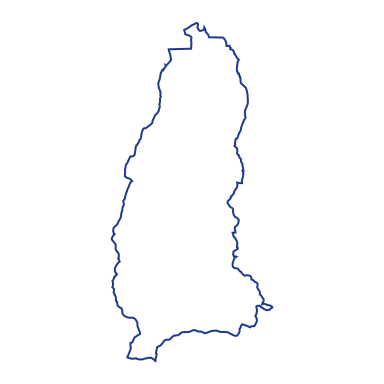 the district of Laslea, Sibiu, Romania
{"feature_id": "2599482B51594900445884", "entity_name": "Laslea", "entity_type": "district", "adm_level": 2, "iso_a3": "ROU", "parent_name": "Romania", "parent_adm1": "Sibiu", "projection": "mercator", "projection_center": [24.643, 46.143], "detail": "fine", "context": "isolated", "style": "outline", "palette": "blue", "viewbox_px": 384, "rotation_deg": 0, "n_neighbors": 0, "source": "geoboundaries", "source_scale": "gbopen_adm2", "svg_char_len": 6008}
<svg xmlns="http://www.w3.org/2000/svg" viewBox="0 0 384 384"><path d="M189.0,332.0L193.5,330.1L194.8,330.1L198.3,331.5L201.6,331.6L203.0,332.5L205.2,333.3L211.9,330.9L216.4,330.6L220.5,332.0L223.7,331.9L227.7,332.2L233.3,335.2L235.0,335.8L236.6,335.8L237.2,335.5L239.0,333.1L239.7,330.8L239.5,329.1L240.3,328.1L240.7,327.2L240.7,326.5L242.0,324.3L244.3,324.9L248.1,326.3L249.7,327.2L250.2,327.3L250.5,326.8L251.4,326.4L254.2,326.1L254.8,325.6L254.9,325.0L256.3,322.7L256.9,321.1L256.7,318.6L256.1,317.1L255.4,316.2L255.4,315.8L256.2,314.4L256.5,313.5L256.9,311.2L257.0,309.6L256.7,308.9L256.3,306.7L256.6,306.2L257.7,305.8L259.3,305.7L261.6,307.5L262.5,307.8L264.1,309.1L266.8,310.3L267.8,309.9L269.4,309.9L271.0,308.3L272.3,307.6L271.8,306.4L269.5,305.3L268.4,305.3L264.3,303.8L263.6,303.9L263.1,303.5L262.2,304.1L262.5,303.0L263.7,300.8L263.5,299.2L263.3,298.5L262.4,297.7L261.5,296.0L259.7,294.1L259.9,292.6L259.3,290.7L257.8,288.6L257.1,287.2L257.6,285.4L257.6,284.4L257.5,283.8L256.9,282.9L255.8,282.2L254.7,281.8L253.6,280.4L251.4,279.5L251.3,277.3L250.0,275.8L247.0,275.1L245.0,275.7L243.8,275.2L241.7,273.0L241.1,271.9L240.0,271.4L239.1,270.1L237.3,268.4L235.4,268.3L233.6,267.6L232.8,266.2L232.6,265.5L232.6,263.0L233.1,262.1L233.8,259.6L234.4,258.7L234.4,257.8L236.5,256.7L236.1,256.5L233.8,256.2L233.1,254.2L233.4,253.0L233.5,251.5L237.7,248.9L237.6,247.5L236.9,247.1L237.0,245.2L237.4,243.6L237.3,242.8L236.3,240.1L235.2,238.1L234.6,237.4L233.6,236.8L233.4,235.3L232.6,232.7L235.5,232.5L234.8,228.7L234.8,227.3L235.5,226.4L236.7,225.7L238.0,223.9L238.5,222.4L238.7,219.7L236.7,217.6L235.3,217.1L234.0,215.3L233.5,214.3L233.5,213.4L233.1,212.5L233.0,211.4L233.2,210.1L232.9,209.0L232.0,207.8L230.8,207.3L229.6,206.3L229.1,205.2L227.7,203.3L227.5,201.9L228.0,201.0L230.6,198.3L231.1,196.2L231.8,196.0L233.1,194.1L233.9,193.5L234.0,192.4L234.3,191.5L236.9,187.4L237.3,186.2L237.4,185.2L237.2,182.5L240.1,183.1L242.1,183.1L241.8,180.4L242.6,178.3L243.3,174.2L243.2,172.6L242.8,171.8L243.4,171.2L242.7,171.0L242.4,170.5L243.1,169.6L243.2,168.5L242.4,165.5L242.5,163.9L241.3,162.1L241.0,161.3L240.9,159.2L240.5,158.5L239.4,157.4L238.8,155.1L237.7,154.5L237.1,153.5L237.0,152.9L237.4,151.5L237.4,150.8L237.1,149.7L237.0,148.6L236.2,147.5L234.6,146.1L234.5,145.7L235.1,145.0L235.2,144.5L234.9,142.8L235.5,141.5L235.4,140.8L235.6,139.2L235.9,138.8L237.2,138.4L239.2,132.9L240.6,130.7L241.2,127.3L242.5,123.8L244.3,119.6L245.5,118.1L245.5,116.9L245.1,115.9L245.1,114.6L244.8,113.6L245.0,110.7L247.5,104.6L247.9,101.9L247.5,94.1L246.6,90.0L245.9,87.9L240.9,83.0L240.5,81.1L240.5,78.1L240.0,77.6L240.0,76.4L239.2,75.7L239.2,74.7L239.2,74.2L238.7,73.3L237.9,73.4L237.4,72.0L237.3,71.2L236.9,71.0L236.8,68.4L237.3,65.4L237.2,65.1L237.5,63.9L237.4,62.6L238.1,60.9L238.8,59.8L236.8,57.6L236.3,56.5L235.5,55.4L235.2,54.3L234.1,53.5L234.1,52.0L232.9,50.5L232.7,49.9L230.2,49.2L230.6,47.7L229.7,46.8L229.6,45.8L226.6,46.0L226.2,43.1L225.3,40.2L223.7,38.1L223.1,37.7L221.2,37.5L209.0,37.3L208.2,34.7L205.8,32.0L205.3,29.4L204.3,27.5L204.0,29.1L203.5,30.0L200.6,30.9L199.6,30.8L199.1,30.0L198.1,29.0L197.5,27.8L197.5,27.3L198.0,24.7L197.9,23.8L197.4,23.3L196.8,23.0L195.8,23.3L194.0,24.4L192.2,25.0L187.4,28.4L184.2,29.8L185.4,34.4L188.5,35.2L189.5,35.7L190.8,36.6L191.5,37.6L191.0,40.5L191.3,41.2L191.4,42.8L191.1,48.7L168.7,49.3L169.1,51.1L170.4,55.2L170.6,57.1L171.0,59.0L171.0,60.0L169.9,61.5L166.1,65.7L165.8,65.5L166.0,66.0L165.8,66.2L165.7,66.0L165.4,67.1L164.7,67.6L164.2,68.5L164.2,68.1L164.1,68.7L163.6,69.2L163.0,69.5L163.0,69.9L162.5,69.7L162.0,70.9L161.7,71.0L161.1,72.7L160.9,72.8L160.4,74.9L160.3,76.3L159.6,79.5L158.2,83.4L158.8,87.6L159.8,90.1L160.6,92.8L160.3,95.1L160.7,96.9L159.8,99.4L160.1,100.1L160.0,101.9L159.4,104.2L159.8,106.9L159.7,107.4L159.1,108.7L159.0,109.3L158.5,111.4L157.9,112.0L157.3,113.3L155.2,115.1L154.4,116.7L154.1,117.8L152.8,120.0L152.3,122.9L150.8,124.4L146.4,127.8L145.6,128.3L144.9,128.1L144.0,128.3L143.2,128.9L143.2,129.4L142.5,130.3L141.7,133.0L141.0,137.4L140.5,139.1L139.5,140.0L139.0,141.9L137.7,143.6L137.3,144.8L136.1,145.6L135.9,147.0L135.5,147.8L135.5,149.4L134.5,155.1L133.1,156.2L130.2,156.6L129.4,158.5L128.2,160.9L127.5,162.8L126.2,164.3L125.7,165.7L125.5,167.7L124.9,169.8L125.2,172.0L124.9,173.8L124.9,176.4L126.8,177.7L130.0,178.8L132.1,181.2L130.5,182.4L129.6,184.2L128.8,186.7L127.4,189.3L127.1,191.1L126.4,192.4L125.9,194.2L125.1,196.7L124.9,198.7L123.3,200.7L123.4,202.1L124.0,204.0L123.5,205.6L122.7,207.0L122.3,209.3L122.4,210.7L121.6,211.9L120.7,217.8L119.0,220.5L117.7,223.6L116.3,225.4L113.7,227.6L113.1,230.9L113.4,232.0L113.7,232.4L113.7,233.5L114.6,234.1L112.5,236.7L111.7,239.0L112.1,239.9L115.4,244.0L115.8,246.3L115.5,248.1L115.7,249.2L116.7,251.2L118.0,252.6L118.6,253.8L118.9,255.8L118.7,257.4L118.2,258.6L118.7,259.0L119.2,260.5L119.7,261.3L119.3,262.1L118.2,262.7L116.5,265.1L115.3,267.3L114.8,268.8L115.0,271.7L115.9,272.7L116.9,274.3L116.4,275.0L115.6,275.3L115.3,276.5L114.2,277.0L113.5,279.7L112.6,280.6L112.6,280.9L112.6,281.8L113.0,283.0L113.0,285.0L112.9,285.7L112.3,287.2L113.9,288.8L114.1,289.4L114.1,290.3L113.6,292.2L114.1,293.6L114.8,294.3L114.6,295.2L115.3,295.9L115.9,297.4L115.9,300.5L116.2,301.2L117.1,301.8L117.1,302.8L117.7,305.7L120.0,307.6L121.2,308.0L121.6,308.6L122.3,310.8L122.4,313.3L123.7,315.3L124.7,316.1L127.4,317.3L129.6,317.8L132.2,317.6L133.9,318.1L135.0,319.0L135.9,320.0L137.4,322.7L137.4,325.5L137.6,326.5L139.9,332.4L140.1,333.9L134.7,337.3L134.1,338.3L132.3,342.3L130.4,343.1L130.5,345.5L130.8,347.5L130.5,349.6L127.3,357.3L131.3,358.7L133.9,358.7L136.2,358.2L137.2,359.0L140.1,359.5L142.9,359.3L144.5,358.7L148.7,357.8L150.3,357.9L151.3,357.7L154.1,359.8L155.2,360.9L155.5,361.0L155.6,358.7L156.1,357.3L156.7,354.1L155.9,353.3L157.2,347.0L157.4,346.8L158.2,346.7L160.7,345.3L162.1,343.7L164.5,340.4L166.5,339.6L168.1,339.8L170.2,339.2L171.5,337.6L173.2,336.2L174.3,335.6L177.9,335.2L179.8,334.1L180.4,333.2L181.3,332.6L183.1,332.1L189.0,332.0Z" fill="none" stroke="#1e3a8a" stroke-width="2"/></svg>